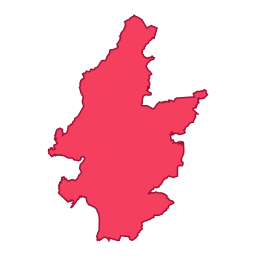 outline of Huauchinango, Puebla, Mexico
{"feature_id": "50627088B14545810389102", "entity_name": "Huauchinango", "entity_type": "district", "adm_level": 2, "iso_a3": "MEX", "parent_name": "Mexico", "parent_adm1": "Puebla", "projection": "albers", "projection_center": [-98.05, 20.178], "detail": "fine", "context": "isolated", "style": "filled", "palette": "rose", "viewbox_px": 256, "rotation_deg": 0, "n_neighbors": 0, "source": "geoboundaries", "source_scale": "gbopen_adm2", "svg_char_len": 5753}
<svg xmlns="http://www.w3.org/2000/svg" viewBox="0 0 256 256"><path d="M58.5,192.9L65.9,199.9L67.0,200.5L66.7,200.7L68.2,202.0L68.8,201.3L70.3,201.4L70.9,200.0L71.4,200.9L72.9,200.1L73.4,200.5L73.4,202.7L72.4,203.3L72.9,203.6L73.1,204.7L71.4,206.5L70.8,207.9L73.2,206.0L73.3,204.8L74.6,204.0L77.7,199.1L78.3,199.4L79.7,197.2L79.3,196.8L80.0,196.2L81.0,197.0L81.1,196.1L81.6,196.1L81.6,196.6L83.9,196.8L84.8,197.4L85.9,197.2L86.9,201.6L88.8,204.8L91.0,205.4L92.9,206.6L93.8,206.7L96.6,209.0L97.7,212.2L98.7,213.7L99.4,219.4L99.1,230.6L98.1,232.3L96.7,236.8L97.6,238.1L97.1,239.4L97.4,240.4L98.6,239.7L99.2,240.4L100.3,239.3L100.8,239.7L103.1,237.7L105.2,237.2L108.0,238.7L108.9,240.6L109.4,239.4L109.4,238.0L118.3,240.6L118.6,240.1L119.3,240.2L119.8,238.1L120.3,237.7L120.4,236.4L121.1,235.8L129.3,236.6L129.2,237.8L129.9,239.3L131.4,240.1L132.6,240.1L135.8,237.7L137.8,235.3L137.6,234.1L138.5,232.6L139.5,232.2L139.7,231.0L142.1,229.1L142.2,228.4L141.5,227.1L142.2,225.6L141.5,222.8L145.5,220.7L146.8,220.8L147.4,220.0L149.6,219.5L152.0,217.9L153.8,217.4L154.2,215.2L158.5,215.3L162.3,213.9L163.5,212.0L164.9,211.2L164.9,210.8L166.6,210.2L166.5,208.7L168.4,207.9L168.5,206.6L169.2,205.3L173.8,202.9L173.1,201.4L170.3,200.5L168.7,199.2L168.3,198.4L166.9,198.1L167.0,196.0L164.8,194.2L163.8,194.2L163.6,193.6L160.9,192.9L159.1,193.1L155.9,192.0L154.0,192.9L151.5,192.8L149.7,193.5L148.6,193.5L152.3,189.4L153.3,189.2L154.2,187.3L156.6,187.6L159.0,186.9L159.3,185.8L161.0,184.2L163.6,179.9L165.6,178.3L166.7,178.2L168.3,176.0L173.9,177.5L174.2,177.0L177.4,176.1L177.5,167.2L179.0,165.5L182.3,165.7L183.0,164.0L182.8,162.2L181.4,161.2L181.6,159.7L181.1,158.3L182.2,157.1L183.6,153.3L183.8,151.5L183.6,145.4L182.8,145.1L183.1,144.1L183.6,143.8L183.1,141.7L182.9,143.4L182.2,144.0L182.3,142.9L181.9,143.0L181.6,142.5L182.4,142.0L182.1,141.7L181.2,142.0L180.7,141.8L181.2,142.6L180.7,143.7L179.7,142.5L178.9,142.8L179.1,143.3L178.5,144.0L178.1,143.0L178.5,142.1L178.2,141.9L177.7,142.6L176.0,143.1L174.7,142.6L173.5,143.0L174.1,142.2L173.1,139.9L171.0,140.4L170.6,135.3L171.4,135.4L170.6,134.9L173.4,134.7L171.4,133.8L171.4,133.4L172.5,133.8L171.6,132.6L171.7,132.0L173.9,134.0L174.8,133.3L178.0,133.4L178.3,134.2L179.4,134.5L183.3,133.6L185.1,132.6L184.9,131.8L183.6,130.0L185.0,129.5L185.5,127.2L188.0,125.9L188.9,124.1L191.0,122.5L193.4,122.1L193.5,120.9L195.7,116.7L195.2,114.8L196.2,113.9L197.7,113.9L193.3,110.0L193.1,109.0L193.5,108.3L196.1,107.7L196.4,107.1L195.8,105.9L196.6,105.8L197.9,103.0L198.8,102.9L198.9,102.4L197.7,101.6L198.3,101.0L198.6,99.8L197.9,99.6L197.9,99.0L198.7,99.1L199.0,97.9L199.4,97.9L199.8,98.6L200.7,98.8L203.9,98.2L207.5,94.6L206.3,93.2L206.0,90.7L204.2,89.7L202.6,91.2L201.3,90.9L199.6,91.6L198.5,91.3L196.6,91.7L195.1,92.7L195.1,93.1L193.5,93.2L193.3,94.0L194.6,96.9L176.8,98.1L175.0,99.0L174.2,101.3L173.2,101.4L171.6,100.5L170.2,100.6L169.1,100.0L168.4,101.1L169.1,101.7L169.0,102.1L166.9,101.4L163.8,102.4L164.2,101.7L161.3,102.5L159.8,102.5L159.6,102.1L157.1,104.1L154.7,107.7L153.1,109.0L147.3,105.8L141.6,105.7L141.3,105.0L142.2,103.6L142.4,99.3L143.1,96.4L144.3,95.3L145.8,94.8L148.6,95.1L150.9,94.8L151.2,93.7L151.2,93.2L147.8,91.4L146.8,90.5L147.7,90.4L147.7,88.1L148.9,89.1L147.9,86.8L149.3,87.4L149.2,86.1L149.8,84.2L149.3,81.6L148.1,80.1L149.1,79.1L149.6,77.5L148.8,75.7L151.6,74.3L150.4,72.1L148.2,70.2L146.1,66.2L147.4,63.1L149.3,61.7L149.9,60.5L153.7,59.1L154.3,57.8L152.5,56.9L152.3,56.2L151.8,56.3L151.6,57.4L150.7,57.2L146.7,58.2L145.4,57.2L144.2,56.9L143.1,54.6L141.9,53.3L142.4,52.3L142.3,50.2L144.5,48.5L144.2,47.6L145.5,45.9L145.6,44.7L148.1,43.3L149.1,41.4L151.9,39.1L152.4,37.6L154.0,38.4L157.0,28.1L151.2,25.6L146.7,28.1L141.8,19.6L137.3,17.0L135.6,16.5L134.6,15.5L133.8,15.4L133.6,16.5L131.5,17.2L129.8,18.6L129.8,19.4L127.7,20.0L124.6,21.8L125.1,22.7L125.5,25.1L125.0,25.8L125.3,26.6L124.9,27.6L124.2,28.1L124.1,29.5L121.0,33.2L120.5,36.1L119.6,36.2L120.7,38.3L119.9,39.1L120.0,40.1L118.8,41.5L118.6,42.4L117.1,43.8L117.5,45.1L117.1,45.7L118.2,46.8L118.1,47.5L113.6,49.5L110.2,49.9L109.6,50.7L109.8,52.8L107.4,56.1L105.8,60.0L104.7,60.8L102.9,60.4L101.3,61.1L97.6,67.2L94.9,68.1L94.6,69.2L94.1,69.6L92.5,69.8L91.9,69.1L90.6,69.5L90.4,70.8L89.3,71.3L89.0,71.9L86.4,71.1L85.6,72.7L84.9,73.3L83.4,73.3L82.5,74.4L83.4,75.4L84.0,78.3L83.4,79.0L82.4,79.0L80.8,80.6L81.2,81.4L80.4,81.9L80.3,83.1L79.9,83.8L80.4,85.5L79.5,87.1L81.1,93.2L83.3,96.7L82.3,101.7L83.7,106.2L78.6,115.4L77.2,117.2L74.8,118.4L74.7,120.6L73.2,121.4L72.0,124.2L71.1,124.2L70.4,124.8L70.6,125.3L68.2,126.4L67.8,129.7L66.7,132.9L64.6,133.9L64.2,133.7L62.8,135.2L62.8,132.2L62.1,131.1L62.5,130.7L62.5,129.6L60.1,128.2L57.3,129.4L56.2,131.1L56.3,132.1L55.7,132.5L55.8,134.6L54.8,135.1L55.2,135.8L55.1,137.9L56.5,138.3L56.6,138.7L56.0,139.1L54.5,138.6L54.4,138.9L57.3,143.3L55.6,144.6L54.0,145.1L54.0,147.5L55.0,148.7L54.8,149.2L53.9,149.1L53.5,149.7L52.5,149.0L52.2,148.1L51.1,147.7L50.5,148.1L50.6,149.1L50.1,149.6L48.7,149.4L48.5,151.1L49.0,152.2L48.9,153.6L49.8,154.1L51.0,155.8L51.7,155.8L51.8,156.5L54.1,155.5L54.5,155.1L54.2,154.9L54.5,154.2L55.6,154.7L55.8,155.3L56.3,154.6L57.6,155.3L59.1,155.0L60.9,155.3L60.9,155.0L64.5,155.9L68.0,157.9L71.8,158.0L72.9,158.4L74.1,159.9L75.7,160.0L78.5,160.8L80.4,159.9L81.0,158.9L80.8,157.6L82.6,156.6L83.8,156.9L84.6,158.0L84.5,159.5L82.2,162.8L80.6,164.3L80.1,165.5L79.7,168.5L81.5,172.3L81.0,173.3L79.0,175.0L77.7,178.3L75.6,180.4L74.7,180.7L73.4,179.7L71.7,179.6L68.6,181.1L66.9,180.0L65.9,178.6L65.4,178.9L65.5,178.5L65.1,178.5L64.9,178.9L64.0,176.9L61.7,177.5L62.0,178.4L61.6,179.4L62.4,179.6L62.3,180.1L61.6,180.3L61.5,181.0L60.2,182.2L60.7,183.0L59.7,183.0L59.6,184.2L58.7,185.3L59.3,185.9L58.7,188.0L59.6,190.4L58.5,192.9Z" fill="#f43f5e" stroke="#9f1239" stroke-width="1.5"/></svg>